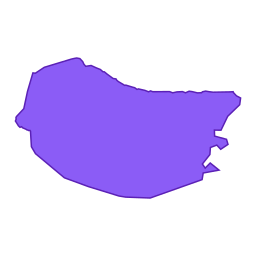 outline of Santa Ana Yareni, Oaxaca, Mexico
{"feature_id": "50627088B20672774458803", "entity_name": "Santa Ana Yareni", "entity_type": "district", "adm_level": 2, "iso_a3": "MEX", "parent_name": "Mexico", "parent_adm1": "Oaxaca", "projection": "albers", "projection_center": [-96.62, 17.397], "detail": "fine", "context": "isolated", "style": "filled", "palette": "violet", "viewbox_px": 256, "rotation_deg": 0, "n_neighbors": 0, "source": "geoboundaries", "source_scale": "gbopen_adm2", "svg_char_len": 1150}
<svg xmlns="http://www.w3.org/2000/svg" viewBox="0 0 256 256"><path d="M71.3,59.1L44.3,67.3L35.4,73.2L32.9,72.9L27.5,91.4L23.8,108.7L16.4,116.6L15.9,117.9L16.2,119.0L15.4,121.0L17.3,124.0L18.4,125.8L20.0,127.3L21.6,126.7L22.6,127.8L25.9,129.2L27.1,130.0L27.8,130.0L28.2,130.3L28.9,130.6L29.9,130.4L30.5,131.2L31.4,146.7L35.5,153.7L64.4,177.8L88.4,186.6L118.9,196.0L125.7,197.1L150.2,198.0L202.1,179.6L203.2,173.0L219.0,170.1L210.2,163.0L205.2,168.1L202.4,164.0L209.9,154.5L210.4,147.5L216.8,145.1L220.7,149.3L228.0,144.4L226.5,139.3L214.6,136.1L214.4,130.1L221.0,130.2L227.7,116.3L239.7,104.7L240.6,98.0L236.4,95.8L233.1,92.2L233.1,91.7L229.8,91.9L213.1,92.2L209.1,91.7L205.6,91.1L202.4,91.8L201.6,92.7L197.5,92.9L192.1,91.6L189.1,91.2L185.5,92.8L182.5,91.6L176.9,91.9L172.7,92.8L169.5,91.6L155.2,91.7L152.7,91.7L150.6,90.9L148.5,91.8L145.0,90.4L138.4,88.9L137.0,89.4L134.7,87.7L132.7,87.2L125.8,85.1L124.8,85.4L118.4,81.6L116.8,80.3L116.0,78.9L113.1,78.5L107.1,74.1L104.3,71.8L103.0,71.8L100.4,69.5L96.6,68.0L91.1,65.5L85.7,66.3L83.9,64.2L82.7,61.6L79.9,58.6L76.7,58.0L74.4,58.4L71.3,59.1Z" fill="#8b5cf6" stroke="#5b21b6" stroke-width="1.5"/></svg>